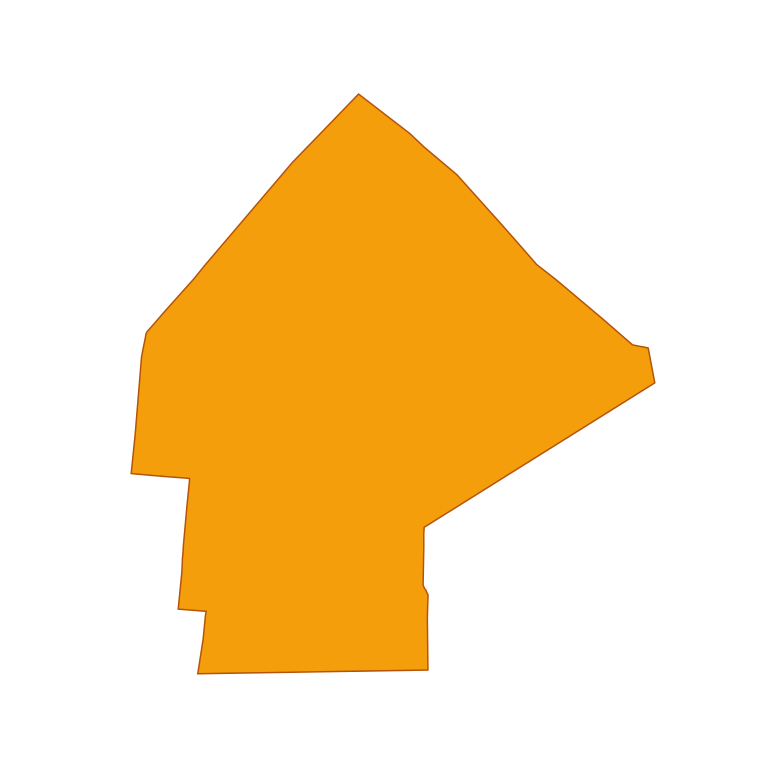 Al-Zohour, Egypt (orthographic projection), rotated 168°
{"feature_id": "37247803B87412130883557", "entity_name": "Al-Zohour", "entity_type": "district", "adm_level": 2, "iso_a3": "EGY", "parent_name": "Egypt", "parent_adm1": "", "projection": "orthographic", "projection_center": [32.271, 31.265], "detail": "fine", "context": "isolated", "style": "filled", "palette": "amber", "viewbox_px": 768, "rotation_deg": 168, "n_neighbors": 0, "source": "geoboundaries", "source_scale": "gbopen_adm2", "svg_char_len": 974}
<svg xmlns="http://www.w3.org/2000/svg" viewBox="0 0 768 768"><g transform="rotate(168 384 384)"><path d="M548.2,526.3L570.1,510.3L585.0,499.4L594.8,491.9L604.9,484.4L605.6,483.4L606.4,482.5L607.9,478.7L612.7,467.6L615.5,461.0L637.9,386.3L649.9,349.0L648.3,348.5L646.6,347.9L633.8,344.0L628.7,342.4L624.3,341.1L616.0,338.6L607.8,336.2L603.4,334.9L597.9,333.3L593.8,332.0L594.8,328.5L602.2,305.3L613.8,267.7L615.8,260.5L617.1,256.3L617.5,255.1L617.8,253.8L620.9,241.8L632.1,206.6L605.2,198.6L606.0,196.6L606.8,194.6L614.0,171.9L626.4,139.3L400.5,95.1L390.1,146.8L384.8,168.5L385.2,170.3L385.4,170.7L385.6,171.4L385.6,171.8L385.7,173.0L386.4,174.7L387.0,176.2L387.3,177.8L387.5,179.5L379.0,216.1L376.2,229.4L374.5,235.5L118.9,328.8L118.1,364.3L132.8,370.6L156.2,401.7L193.9,450.1L209.9,469.2L218.2,484.2L236.1,516.0L269.1,573.4L295.5,607.4L306.6,623.5L348.6,672.9L401.0,637.6L427.5,619.8L534.9,537.1L548.2,526.3Z" fill="#f59e0b" stroke="#b45309" stroke-width="1.5"/></g></svg>